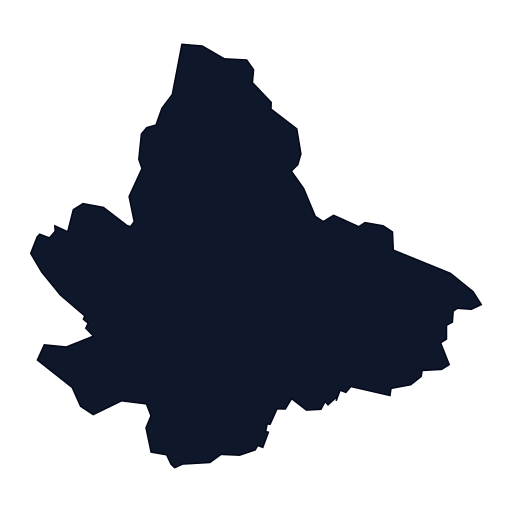 Dolneni, Dolneni, North Macedonia
{"feature_id": "65306769B25269203277023", "entity_name": "Dolneni", "entity_type": "district", "adm_level": 2, "iso_a3": "MKD", "parent_name": "North Macedonia", "parent_adm1": "Dolneni", "projection": "orthographic", "projection_center": [21.418, 41.482], "detail": "fine", "context": "isolated", "style": "filled", "palette": "ink", "viewbox_px": 512, "rotation_deg": 0, "n_neighbors": 0, "source": "geoboundaries", "source_scale": "gbopen_adm2", "svg_char_len": 1350}
<svg xmlns="http://www.w3.org/2000/svg" viewBox="0 0 512 512"><path d="M181.9,44.3L172.3,94.5L162.0,108.1L156.0,125.0L146.8,127.6L141.4,134.0L138.8,159.3L142.0,168.5L129.1,196.5L134.2,221.6L130.6,226.6L127.1,225.6L103.4,207.4L83.0,203.6L73.3,209.7L67.7,231.8L54.8,225.8L55.2,231.3L49.4,237.9L39.7,234.2L37.2,236.9L30.7,253.4L41.7,272.0L60.4,295.0L84.8,315.9L83.4,319.3L88.2,323.2L85.8,328.2L93.5,336.1L66.2,347.0L44.3,344.8L37.4,360.0L72.2,387.5L80.6,406.3L93.2,414.6L121.6,400.8L146.4,403.9L151.0,415.8L146.0,427.8L151.1,452.1L166.6,454.8L171.1,464.3L174.7,467.7L182.5,464.1L209.9,462.5L221.0,454.4L239.6,455.2L255.2,449.9L257.7,445.4L262.8,447.4L268.4,432.2L265.6,431.5L267.2,423.8L270.1,424.3L277.0,408.9L285.3,409.0L291.6,398.6L306.4,410.1L321.0,409.3L325.1,401.5L328.0,404.8L337.6,396.2L336.1,400.9L340.1,390.2L345.9,392.4L350.8,386.5L390.0,395.5L391.0,388.4L410.8,384.7L421.2,376.4L422.1,370.5L441.6,369.4L449.2,364.6L440.6,342.8L446.5,339.1L446.5,325.3L452.4,322.1L453.2,311.1L457.4,308.3L471.3,309.3L481.3,304.6L473.1,291.7L450.5,273.4L393.3,250.1L392.5,232.0L383.2,225.8L365.0,222.6L358.8,226.7L333.6,215.3L323.3,221.6L315.3,216.4L303.7,188.6L291.3,171.1L297.8,164.6L300.9,153.9L296.8,128.9L271.0,109.1L271.2,102.4L252.4,82.6L253.6,69.8L246.7,60.0L224.3,58.8L202.2,46.0L181.9,44.3Z" fill="#0f172a" stroke="#020617" stroke-width="1.5"/></svg>